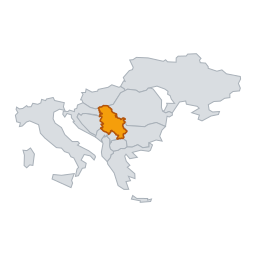 Republic of Serbia shown with its bordering countries
{"feature_id": "SRB", "entity_name": "Republic of Serbia", "entity_type": "country or territory", "adm_level": 0, "iso_a3": "SRB", "parent_name": "Europe", "parent_adm1": "", "projection": "robinson", "projection_center": [20.755, 44.206], "detail": "fine", "context": "with_neighbors", "style": "filled", "palette": "amber", "viewbox_px": 256, "rotation_deg": 0, "n_neighbors": 12, "source": "natural_earth", "source_scale": "50m", "svg_char_len": 8206}
<svg xmlns="http://www.w3.org/2000/svg" viewBox="0 0 256 256"><path d="M209.1,109.9L212.6,112.0L219.5,111.5L218.4,114.5L211.0,116.0L202.0,120.9L198.1,119.2L199.4,115.1L191.7,112.7L199.2,108.2L197.1,106.3L186.4,104.2L185.7,101.0L179.5,102.0L172.2,113.0L169.0,111.5L165.8,112.9L162.7,111.3L164.4,110.4L167.2,104.8L166.7,103.3L174.6,103.4L171.3,99.1L170.1,95.6L167.6,94.2L168.0,91.3L164.8,89.0L157.0,86.1L148.1,88.2L146.5,90.2L139.3,92.3L136.1,90.2L127.6,89.2L124.7,91.0L124.2,88.8L120.5,86.5L123.6,80.9L125.1,81.4L123.3,77.5L129.3,70.6L132.5,69.6L133.2,67.3L129.7,60.0L132.9,59.7L136.4,57.4L148.1,57.9L163.3,61.3L165.6,59.8L167.5,61.8L176.1,62.2L176.2,58.0L178.1,56.2L186.2,56.0L187.7,54.1L196.4,53.7L201.0,58.4L199.5,60.1L200.3,62.7L205.5,63.1L208.2,66.7L208.2,68.3L216.9,71.2L221.9,69.9L226.4,73.8L240.3,76.5L240.6,79.0L238.4,83.4L240.3,88.1L239.5,90.9L233.0,91.5L229.8,93.9L229.9,97.6L224.6,98.3L220.3,101.1L213.9,101.5L208.3,104.7L209.1,109.9Z" fill="#d9dde1" stroke="#a8b0b8" stroke-width="1"/><path d="M120.5,86.5L124.2,88.8L124.7,91.0L120.6,92.8L113.3,104.3L107.9,105.9L103.6,105.5L95.8,109.0L90.2,107.4L83.0,102.7L81.8,99.9L80.6,99.8L83.0,94.3L81.7,92.5L85.5,92.5L86.1,89.0L92.0,92.1L97.6,91.1L98.2,89.4L108.1,87.3L111.8,84.8L119.0,87.3L120.5,86.5Z" fill="#d9dde1" stroke="#a8b0b8" stroke-width="1"/><path d="M162.7,111.3L165.8,112.9L169.0,111.5L172.2,113.0L172.4,115.1L169.2,117.0L167.1,116.2L165.5,126.5L156.3,122.5L148.2,124.5L144.8,126.7L126.7,125.5L123.4,120.5L125.0,119.1L123.2,118.0L121.1,119.9L117.1,117.4L116.5,113.9L112.3,111.9L111.6,109.2L107.9,105.9L113.3,104.3L120.6,92.8L127.6,89.2L136.1,90.2L139.3,92.3L146.5,90.2L148.1,88.2L151.0,88.2L153.1,89.0L161.6,100.1L161.4,107.4L162.7,111.3Z" fill="#d9dde1" stroke="#a8b0b8" stroke-width="1"/><path d="M124.6,122.0L126.7,125.5L144.8,126.7L148.2,124.5L156.3,122.5L165.5,126.5L162.0,130.1L159.7,136.2L162.1,141.1L156.1,140.0L149.0,142.7L149.0,146.9L142.7,147.7L137.7,144.7L132.1,147.1L126.9,146.9L126.4,141.2L122.9,138.4L124.0,137.2L123.2,136.2L124.4,133.5L127.0,130.8L123.6,127.1L123.0,124.0L124.6,122.0Z" fill="#d9dde1" stroke="#a8b0b8" stroke-width="1"/><path d="M151.5,199.0L150.6,201.5L140.2,202.3L140.3,200.8L131.4,199.1L132.7,195.5L136.7,198.4L147.7,198.5L147.5,200.0L151.5,199.0ZM126.9,146.9L132.1,147.1L137.7,144.7L142.7,147.7L149.0,146.9L149.0,142.7L152.5,144.9L150.4,150.3L148.8,151.3L140.8,150.2L132.3,152.4L137.3,157.3L129.8,158.7L126.0,154.2L124.7,156.1L126.3,161.3L129.9,165.3L127.3,167.2L134.8,173.7L135.0,178.6L128.4,176.3L130.5,180.7L126.0,181.6L128.7,189.3L124.0,189.4L118.1,185.6L114.1,172.9L107.7,164.0L107.2,161.6L110.5,157.4L111.0,154.6L113.3,153.4L113.4,151.1L118.0,150.3L120.7,148.5L124.5,148.6L126.9,146.9Z" fill="#d9dde1" stroke="#a8b0b8" stroke-width="1"/><path d="M113.4,151.1L113.3,153.4L111.0,154.6L110.5,157.4L107.2,161.6L102.0,156.2L101.4,152.1L103.0,143.6L101.4,139.5L104.5,135.3L104.9,136.9L106.8,136.1L109.9,139.3L109.5,145.3L110.5,149.0L113.4,151.1Z" fill="#d9dde1" stroke="#a8b0b8" stroke-width="1"/><path d="M83.0,102.7L90.2,107.4L95.8,109.0L98.4,107.7L102.2,113.4L99.5,116.6L96.4,114.8L85.8,113.5L82.6,113.7L81.1,115.4L78.6,113.5L77.1,117.0L90.1,132.4L96.3,135.6L95.5,137.1L78.7,128.2L73.0,121.9L74.4,121.3L71.4,117.7L71.3,114.8L67.0,113.5L64.8,117.1L62.8,114.3L63.3,111.2L68.1,111.5L69.4,110.1L74.4,111.6L74.4,109.2L76.8,108.4L77.5,105.0L83.0,102.7Z" fill="#d9dde1" stroke="#a8b0b8" stroke-width="1"/><path d="M41.6,99.4L45.6,100.6L46.5,99.0L53.2,97.5L54.6,100.5L64.3,102.7L63.4,106.8L64.9,110.4L59.5,109.2L53.8,112.2L53.1,118.9L55.2,123.2L61.5,127.6L64.8,134.6L72.3,141.6L77.8,141.5L79.5,143.4L77.5,145.1L88.8,150.8L94.8,155.3L95.5,156.9L94.1,160.0L90.3,155.9L84.2,154.5L81.1,160.1L86.2,163.3L85.2,167.8L82.3,168.3L78.4,175.7L75.4,176.4L77.0,169.1L78.6,167.3L73.8,157.9L70.9,156.8L68.9,153.1L64.5,151.6L61.5,148.1L56.4,147.6L44.9,138.1L40.4,133.2L38.6,124.7L29.7,120.9L26.5,122.0L22.3,126.0L19.4,126.6L20.4,122.9L16.7,121.8L15.4,115.2L17.9,112.6L16.1,109.4L16.6,107.1L19.4,108.9L22.7,108.5L26.7,105.6L27.8,106.9L31.1,106.7L32.8,103.3L37.8,104.3L40.8,102.9L41.6,99.4ZM61.5,175.3L74.3,173.6L71.6,180.4L72.6,183.1L71.0,187.6L52.1,179.0L53.2,174.5L61.5,175.3ZM26.9,150.6L30.5,148.0L34.4,154.0L32.9,165.4L29.7,164.9L26.7,167.8L24.1,165.5L24.4,155.1L23.0,150.2L26.9,150.6Z" fill="#d9dde1" stroke="#a8b0b8" stroke-width="1"/><path d="M96.3,135.6L90.1,132.4L81.8,123.7L77.1,117.0L78.6,113.5L81.1,115.4L82.6,113.7L85.8,113.5L102.0,116.6L100.2,120.4L103.5,123.7L102.5,127.7L97.3,130.9L96.3,135.6Z" fill="#d9dde1" stroke="#a8b0b8" stroke-width="1"/><path d="M122.9,138.4L126.4,141.2L126.9,146.9L124.5,148.6L120.7,148.5L118.0,150.3L113.4,151.1L110.5,149.0L109.5,145.3L111.6,140.7L122.9,138.4Z" fill="#d9dde1" stroke="#a8b0b8" stroke-width="1"/><path d="M108.6,133.5L104.9,136.9L104.5,135.3L101.4,139.5L101.9,142.2L95.5,137.1L97.3,130.9L100.9,128.1L108.6,133.5Z" fill="#d9dde1" stroke="#a8b0b8" stroke-width="1"/><path d="M110.4,142.4L109.9,139.3L106.8,136.1L109.7,133.6L110.7,130.7L111.9,130.3L118.6,135.3L117.3,139.1L111.6,140.7L111.3,142.5L110.4,142.4Z" fill="#d9dde1" stroke="#a8b0b8" stroke-width="1"/><path d="M115.7,116.9L116.8,117.2L117.3,117.5L117.6,117.9L118.3,118.2L119.5,118.3L120.3,118.7L120.7,119.4L121.5,119.2L122.5,118.2L123.5,118.0L124.5,118.4L125.1,118.8L125.2,119.1L124.9,119.3L124.4,119.2L123.9,119.4L123.6,119.8L123.5,120.3L123.8,120.8L124.1,121.1L124.6,121.3L124.8,121.6L124.9,121.9L125.0,122.0L124.7,122.1L124.4,122.4L124.3,122.7L124.2,123.4L123.4,123.9L123.0,124.0L122.9,124.3L122.7,125.2L122.7,125.9L122.8,126.2L122.9,126.5L123.2,126.9L123.4,127.4L123.6,128.1L124.0,128.7L125.0,129.2L125.5,129.6L125.8,130.0L126.1,130.4L126.9,131.0L126.9,131.4L126.7,131.8L126.1,132.4L125.7,132.7L125.1,133.6L124.1,133.6L123.8,133.7L123.4,133.9L123.2,134.4L123.4,134.7L123.4,135.1L123.2,135.8L123.5,136.5L123.8,136.9L123.9,137.0L123.8,137.4L123.3,138.1L123.1,138.4L122.6,138.5L122.4,138.4L122.1,138.2L121.9,138.1L121.2,138.4L120.6,138.6L120.0,138.4L119.5,138.4L119.2,138.5L118.9,138.6L118.4,138.9L117.5,139.1L117.2,139.1L117.0,138.8L116.9,138.4L116.9,138.2L117.5,137.9L117.5,137.5L118.3,136.1L118.5,135.6L118.5,135.4L118.3,135.3L117.8,135.3L115.9,134.7L116.0,134.0L115.5,133.7L114.9,133.3L114.8,133.0L114.1,132.2L113.6,131.8L113.0,131.6L112.5,131.3L112.1,131.1L112.0,130.8L112.0,130.6L111.8,130.4L111.6,130.4L111.1,130.7L110.6,130.9L110.5,131.1L110.7,131.5L110.8,131.7L110.8,132.0L110.6,132.3L109.6,133.0L109.7,133.6L109.5,133.8L108.7,134.1L108.7,133.9L108.6,133.5L108.1,133.2L107.4,132.9L105.9,131.9L105.3,131.8L104.8,131.7L104.0,131.2L103.6,131.1L103.2,130.8L102.2,129.7L101.4,129.0L100.9,128.7L100.7,128.4L100.7,128.1L101.1,127.6L101.5,127.5L101.9,127.5L102.1,127.7L102.5,127.8L102.7,127.5L102.8,127.1L102.8,126.6L101.9,125.4L101.2,124.5L101.1,124.3L101.3,124.2L101.5,124.1L101.8,124.1L102.5,124.2L103.2,124.1L103.4,123.9L103.4,123.6L103.2,123.4L102.4,122.7L101.8,122.1L101.0,121.6L100.5,121.4L100.3,121.2L100.2,120.9L100.3,120.5L100.3,119.9L100.5,119.5L101.0,118.8L101.5,118.0L101.8,117.3L101.9,116.7L101.6,116.3L101.1,116.2L100.4,116.3L99.8,116.5L99.5,116.6L99.4,116.3L99.5,116.1L99.9,116.2L100.1,116.1L100.2,115.7L99.9,114.3L100.4,114.2L100.4,113.8L100.9,114.0L101.6,114.0L102.1,114.0L102.2,113.8L102.2,113.6L101.9,113.4L101.8,113.2L101.4,113.1L100.1,112.6L99.5,112.1L99.6,111.5L99.7,111.2L100.0,111.1L99.9,111.0L99.2,110.7L99.0,110.4L99.2,109.9L98.8,108.9L98.4,108.4L98.8,108.1L98.9,107.8L98.9,107.6L99.1,107.6L99.7,107.3L99.9,107.1L100.0,106.9L100.5,107.1L101.0,107.1L101.4,107.0L101.8,106.7L102.2,106.6L102.4,106.4L102.7,106.2L103.2,105.7L103.7,105.5L104.5,105.7L105.3,105.7L105.9,105.6L107.5,105.8L107.8,105.9L108.0,106.1L108.4,106.5L108.8,107.2L109.4,107.5L110.0,107.8L110.3,108.1L110.8,108.8L111.2,109.2L111.3,109.2L111.5,109.1L111.7,109.3L111.7,109.8L111.6,110.4L111.7,110.9L111.7,111.1L111.7,111.3L111.8,111.5L112.3,111.8L112.8,112.4L113.4,112.7L113.9,113.0L114.2,113.0L114.8,113.4L115.8,113.7L116.2,113.8L116.4,114.0L116.6,114.2L116.6,114.4L116.4,114.5L116.2,114.8L116.1,115.2L115.9,115.3L115.6,115.4L115.7,115.5L115.8,115.7L116.0,115.8L116.5,115.9L116.9,116.1L116.9,116.3L116.8,116.5L116.2,116.5L115.9,116.6L115.7,116.6L115.7,116.9Z" fill="#f59e0b" stroke="#b45309" stroke-width="1.5"/></svg>